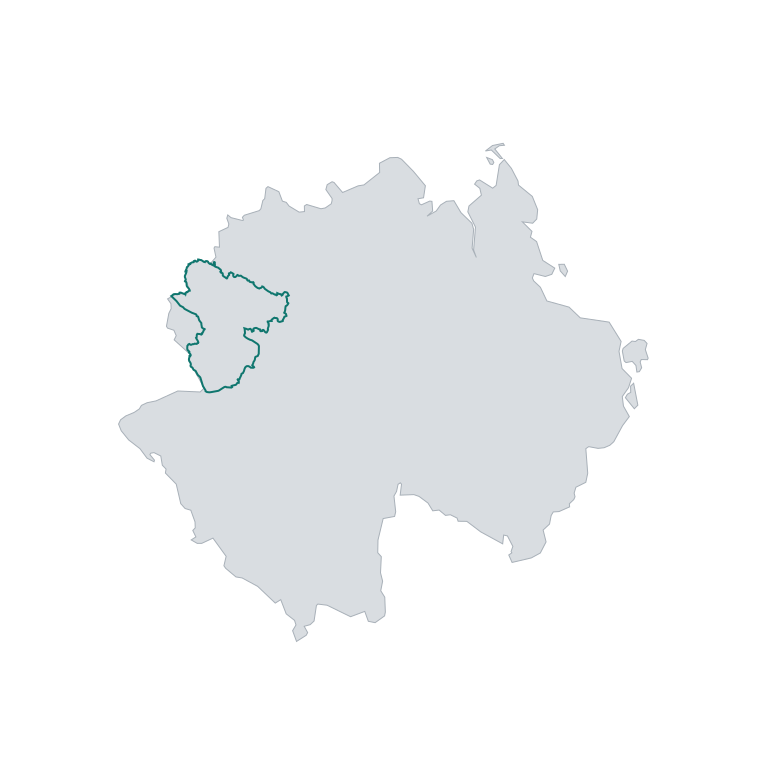 Rheinland-Pfalz highlighted on a map of Germany, rotated 49°
{"feature_id": "DEU-1580", "entity_name": "Rheinland-Pfalz", "entity_type": "State", "adm_level": 1, "iso_a3": "DEU", "parent_name": "Germany", "parent_adm1": "", "projection": "robinson", "projection_center": [7.376, 49.945], "detail": "fine", "context": "in_parent", "style": "outline", "palette": "teal", "viewbox_px": 768, "rotation_deg": 49, "n_neighbors": 0, "source": "natural_earth", "source_scale": "10m", "svg_char_len": 9760}
<svg xmlns="http://www.w3.org/2000/svg" viewBox="0 0 768 768"><g transform="rotate(49 384 384)"><path d="M341.0,615.9L323.3,606.5L307.8,607.4L305.2,604.3L299.9,604.6L291.9,599.7L284.9,602.6L283.2,605.4L283.7,607.0L290.9,607.2L291.8,608.6L284.6,611.5L272.7,610.6L258.7,613.4L246.9,613.0L240.1,610.6L238.2,606.3L238.7,599.8L241.5,591.3L242.3,585.0L241.0,581.1L242.7,575.1L247.2,567.1L254.0,544.2L269.4,528.0L269.1,522.4L242.3,516.7L238.0,515.1L234.1,510.9L213.0,513.4L211.2,509.1L205.6,507.3L199.8,510.7L197.7,510.3L189.5,500.0L187.5,495.2L183.6,492.1L177.8,491.5L179.6,482.0L185.1,475.0L185.2,469.1L173.5,464.4L167.6,457.8L166.1,450.2L169.5,441.4L179.2,436.1L178.0,427.6L169.9,423.1L169.4,421.6L172.8,418.4L160.7,408.7L163.5,398.9L161.4,396.1L155.8,393.9L153.9,391.0L158.1,390.3L167.7,383.6L168.1,382.5L165.3,381.5L165.0,378.7L171.3,364.4L171.0,362.0L166.0,355.0L165.9,352.5L158.9,344.7L158.9,342.1L169.9,337.2L179.3,340.7L182.8,338.6L187.4,338.9L198.6,335.3L201.7,330.9L197.4,327.3L197.8,324.6L210.4,316.6L212.6,312.8L213.4,305.6L211.7,303.1L210.0,301.5L199.1,300.3L196.3,296.1L197.3,290.5L199.1,289.5L212.3,289.6L217.5,273.5L220.6,268.5L221.5,248.5L214.4,242.6L217.1,231.1L222.0,225.0L225.9,223.3L242.8,222.3L261.5,222.7L269.4,232.0L266.5,236.8L271.1,239.0L273.3,238.2L276.0,229.4L277.6,228.0L285.4,233.8L285.6,241.4L287.7,231.1L286.0,223.9L287.1,217.0L291.5,211.0L305.2,213.5L320.4,212.2L326.1,214.9L339.3,228.4L349.1,231.3L341.6,228.4L325.6,212.0L309.1,207.8L305.4,203.1L305.4,186.6L299.2,183.3L292.6,184.5L291.6,180.7L292.7,178.0L307.5,173.5L307.7,169.1L294.2,153.0L293.5,146.0L304.9,146.4L318.7,149.7L322.1,152.0L339.7,149.0L353.3,153.7L359.7,160.5L360.2,166.3L352.4,173.2L365.9,172.2L369.3,177.2L376.6,175.4L394.9,183.1L408.6,179.1L411.3,185.4L408.7,191.7L399.1,198.4L401.3,202.5L404.5,203.4L413.6,202.5L428.2,206.6L447.4,193.9L462.8,192.5L485.0,173.5L507.4,177.1L513.5,185.2L528.5,194.2L542.1,193.4L547.2,201.9L549.8,212.4L557.8,217.8L569.5,220.2L571.9,231.2L578.3,248.4L578.4,253.8L576.5,259.7L573.0,264.7L565.6,270.6L565.2,274.1L585.0,288.8L590.6,296.2L587.8,306.9L591.1,312.1L594.4,313.8L595.7,316.5L596.0,322.7L598.5,324.5L595.1,335.6L591.6,340.2L592.9,344.1L598.3,351.0L598.6,359.7L609.5,365.3L614.1,376.9L611.9,386.9L602.7,404.4L594.9,402.0L595.3,398.3L593.8,398.0L591.1,393.3L579.6,390.5L576.5,392.8L582.5,399.3L559.1,408.0L542.0,411.6L536.2,418.1L533.1,416.8L526.2,419.7L523.5,423.8L515.3,425.1L511.7,430.4L502.7,428.9L491.8,431.3L487.1,434.0L478.5,444.7L471.1,436.5L469.3,436.5L468.9,439.2L473.3,445.0L475.1,450.0L488.1,459.0L490.9,462.9L485.0,472.9L497.8,490.9L507.2,499.4L512.5,499.3L524.2,510.5L531.9,514.4L537.9,522.1L545.4,523.3L557.0,532.6L559.4,535.7L558.3,547.3L552.8,551.5L543.0,547.7L537.7,561.9L513.6,572.1L506.7,578.3L506.8,580.3L517.0,592.3L517.2,597.6L514.5,603.2L521.5,604.7L522.6,607.5L520.9,618.9L510.2,614.8L508.1,608.5L503.7,606.6L493.3,608.6L479.0,603.4L478.0,609.8L453.9,612.1L437.3,618.3L432.5,622.3L419.4,624.4L416.2,624.1L410.5,616.2L388.1,614.2L384.7,626.1L381.8,629.5L375.2,631.8L376.0,626.3L369.1,624.4L368.7,620.8L364.1,617.1L352.5,612.6L347.5,615.8L341.0,615.9ZM540.8,178.9L542.2,183.2L540.9,185.3L535.3,181.7L529.8,181.8L526.6,187.3L524.2,187.6L515.5,182.5L514.0,180.1L514.3,168.7L516.9,166.3L517.2,162.7L521.8,159.0L526.0,158.9L529.5,164.2L537.8,167.7L538.5,169.2L534.3,173.8L535.4,176.2L540.8,178.9ZM566.5,206.3L566.9,211.3L552.7,210.8L551.4,207.0L552.2,203.3L547.4,199.3L547.2,195.1L566.5,206.3ZM277.8,149.5L274.7,154.6L275.2,145.7L280.5,136.2L282.8,136.5L279.8,140.7L279.3,146.2L291.5,146.7L290.1,148.4L277.8,149.5ZM421.8,176.7L414.3,176.8L408.4,173.6L411.9,169.4L419.3,171.4L421.8,176.7ZM289.6,158.0L287.7,159.6L280.4,157.9L285.8,155.0L288.9,155.8L289.6,158.0Z" fill="#d9dde1" stroke="#a8b0b8" stroke-width="1"/><path d="M166.1,452.1L165.6,452.1L166.0,450.3L166.2,449.4L166.6,448.5L167.0,448.1L167.2,447.7L167.0,447.3L166.5,446.9L166.8,445.9L166.9,445.7L167.3,445.5L168.3,445.4L168.7,445.2L169.0,444.6L169.1,443.9L168.8,443.2L168.1,442.6L168.6,442.1L169.8,441.4L170.3,440.8L171.3,440.4L173.5,439.9L174.5,439.2L174.2,438.7L174.3,438.0L174.7,437.4L175.2,436.9L175.9,436.6L176.4,436.6L177.7,436.9L179.0,436.7L179.7,436.2L179.6,435.7L180.9,435.7L182.3,435.1L182.3,434.9L182.2,434.7L180.6,432.6L180.5,432.3L180.7,432.0L181.1,431.9L181.3,432.0L181.7,432.2L182.1,432.8L182.4,433.1L183.2,433.4L183.5,433.8L183.7,434.5L183.9,434.6L185.1,434.2L187.5,432.8L189.7,432.5L190.4,432.3L191.0,432.4L192.2,433.0L192.3,433.2L192.0,433.8L192.4,434.0L192.9,434.0L193.6,433.7L194.3,433.2L194.7,433.2L195.6,433.8L196.2,434.4L197.1,434.5L199.7,433.8L200.9,433.6L201.2,433.4L201.3,433.2L201.1,432.6L200.5,431.8L200.3,431.3L200.1,430.2L200.1,429.3L199.9,429.1L199.0,428.7L198.8,428.5L199.0,428.0L199.2,427.4L199.3,427.0L199.2,426.4L200.0,426.0L202.0,425.4L202.3,425.4L202.6,426.1L203.3,426.7L203.6,426.9L204.2,427.0L204.9,426.9L205.3,426.6L205.7,426.0L205.8,424.7L205.5,423.1L205.8,422.9L207.0,422.7L207.7,421.9L208.3,421.0L209.0,420.8L209.9,420.7L211.3,420.3L214.0,418.8L214.5,418.6L215.1,418.7L216.1,419.1L216.7,418.9L217.2,418.0L217.3,417.9L217.5,417.9L218.6,418.3L219.2,418.1L220.4,417.1L220.7,417.0L221.3,415.9L221.9,415.9L222.2,416.0L222.4,416.2L222.6,416.6L222.8,416.8L225.6,417.0L226.2,416.9L228.5,416.4L230.1,415.5L230.2,415.4L230.3,414.6L230.4,414.3L230.7,413.9L230.8,412.3L230.5,411.9L230.9,411.6L232.1,411.3L234.0,411.5L238.2,410.5L240.2,409.6L240.7,409.6L241.6,409.7L241.9,409.5L242.3,408.7L242.5,408.6L244.8,407.8L245.4,407.0L245.5,406.9L246.0,407.1L246.3,407.1L246.5,407.0L246.6,406.7L246.6,406.0L246.4,405.7L245.4,404.9L247.3,404.0L248.6,402.9L249.9,403.2L250.1,403.2L250.2,402.1L250.0,401.6L249.7,401.3L249.6,400.8L249.4,399.2L249.5,398.5L251.1,397.3L251.8,397.1L254.7,397.8L254.5,398.7L254.0,400.2L253.9,400.4L254.0,400.5L254.7,400.9L256.0,401.3L257.9,402.9L258.9,403.5L259.2,403.5L260.0,403.2L260.3,403.2L260.6,403.8L261.0,405.3L261.0,405.9L260.8,406.9L260.8,407.2L261.4,408.0L263.5,410.2L264.3,411.4L264.6,411.9L264.6,412.4L264.8,412.6L265.1,412.5L266.3,412.1L266.6,412.0L267.2,412.2L268.6,412.9L268.4,413.9L268.0,414.7L267.9,415.0L268.9,417.1L269.1,418.0L269.4,418.6L269.9,418.8L270.1,419.1L268.8,421.9L268.4,422.2L267.6,422.7L267.3,422.8L266.6,422.8L266.3,422.6L265.4,421.7L265.0,421.6L264.5,421.6L263.9,421.7L263.7,421.9L262.9,422.7L262.6,423.0L262.1,423.2L261.9,424.0L261.8,426.0L261.8,426.7L262.1,427.0L262.8,427.4L262.6,427.7L261.9,428.3L261.2,430.1L260.6,430.5L260.5,430.8L260.9,431.1L263.2,431.6L263.3,431.7L263.4,432.2L263.5,432.3L264.4,432.7L264.6,433.0L265.9,435.2L266.4,435.7L267.0,435.9L267.3,436.5L268.1,438.4L268.1,438.8L268.0,439.1L267.6,439.4L266.8,439.6L264.2,439.5L263.8,439.8L263.6,440.4L263.6,440.6L264.1,441.2L263.3,442.4L263.1,442.5L262.7,442.5L262.5,442.4L261.8,441.8L261.6,441.7L261.2,441.9L260.9,442.3L258.0,443.5L257.4,444.2L256.8,445.3L256.7,445.9L256.7,446.3L257.1,446.7L258.2,447.3L258.4,447.5L258.4,447.8L258.1,448.7L258.0,449.3L257.9,449.3L257.5,449.2L256.7,448.5L255.8,448.7L255.0,448.6L254.8,448.6L254.6,448.8L254.2,449.4L254.0,450.0L254.0,450.6L253.8,450.8L253.3,451.2L252.4,451.5L250.4,452.8L250.6,452.9L251.1,453.1L254.4,455.5L254.7,456.0L254.9,456.8L255.8,457.9L257.8,457.8L260.0,457.2L262.5,456.2L264.4,455.0L270.8,453.2L272.1,453.2L272.8,453.3L273.5,453.7L279.0,458.7L280.0,460.9L279.2,463.2L279.6,464.0L280.8,465.4L281.3,466.3L281.8,468.1L282.8,469.5L283.0,470.0L283.1,470.5L283.5,471.2L284.5,471.1L285.5,470.9L286.2,471.1L286.1,471.8L285.4,472.7L284.3,473.8L282.7,474.1L281.3,474.8L280.4,476.1L280.4,477.8L281.1,479.3L282.4,481.3L283.2,483.3L282.8,484.8L283.8,486.2L285.0,489.0L285.7,490.2L285.7,490.6L284.6,491.1L284.6,491.5L285.5,491.8L286.4,491.9L287.2,492.1L287.8,492.9L287.6,493.0L287.0,494.1L287.1,494.7L287.4,495.7L287.4,496.4L285.6,499.8L285.5,500.3L286.7,500.7L286.6,501.5L283.1,505.0L282.4,505.2L281.9,505.7L281.5,506.8L280.6,513.0L280.4,513.6L276.6,520.0L275.6,521.4L273.9,522.9L272.4,523.4L271.8,522.9L266.8,522.0L258.7,518.4L257.8,518.3L254.9,518.6L250.6,517.6L250.1,517.7L248.9,518.2L248.2,518.4L246.1,517.9L244.2,518.4L243.5,518.2L243.1,517.9L242.6,517.1L242.2,516.7L241.1,516.2L238.8,515.9L237.7,515.3L237.0,514.6L235.9,513.0L235.2,512.4L235.4,512.0L235.8,511.8L235.4,510.9L234.5,510.6L232.3,510.5L232.1,509.8L231.1,509.7L230.1,510.0L230.0,509.8L229.0,509.8L228.0,509.1L226.2,507.4L226.1,506.7L225.8,505.8L225.8,505.5L225.9,505.2L226.2,504.5L227.1,504.5L227.3,504.4L228.0,503.6L228.4,502.2L229.1,501.5L229.4,500.3L230.5,499.5L230.9,498.9L230.9,498.5L230.7,498.2L230.8,497.8L231.1,497.4L230.8,496.8L230.3,496.6L229.1,496.2L226.5,495.8L226.0,495.6L226.2,495.2L224.0,492.9L223.7,491.9L224.0,491.6L224.4,491.3L225.4,490.3L226.2,489.8L226.7,489.6L226.9,489.4L226.9,489.0L226.8,488.2L226.2,488.1L226.0,486.2L225.4,485.3L225.1,484.4L225.1,483.5L225.0,483.4L224.8,483.3L223.8,484.0L223.3,484.1L222.4,484.3L221.8,484.3L221.5,484.2L221.2,483.9L219.3,482.8L218.2,481.9L214.9,481.7L214.5,481.6L211.2,480.1L210.1,480.7L209.7,480.8L209.3,480.4L208.6,480.2L208.3,480.2L208.0,480.2L204.1,482.3L196.6,485.2L195.6,485.3L194.4,485.2L191.1,486.5L185.3,486.2L178.1,486.8L178.2,486.2L178.2,484.1L178.5,483.4L179.3,482.4L180.6,481.1L181.6,479.4L181.6,479.0L181.0,478.6L180.9,478.4L181.7,477.4L185.4,475.5L185.0,475.0L185.1,474.7L185.4,474.6L185.8,474.7L185.5,474.3L185.2,473.8L185.1,473.3L185.1,472.7L185.6,472.4L185.7,472.1L185.5,471.9L185.5,471.4L185.8,470.0L185.8,469.9L185.9,469.4L186.0,469.3L185.7,469.1L184.0,468.7L181.5,468.7L180.6,468.5L179.8,468.0L178.3,466.9L177.5,466.5L177.0,466.4L176.3,466.8L175.8,466.8L175.3,465.5L175.1,465.1L174.3,464.7L172.6,464.1L171.8,463.4L170.2,460.1L169.3,459.0L168.7,459.9L168.3,459.3L167.6,457.5L166.7,456.4L166.5,455.9L166.6,455.2L166.3,453.8L166.0,453.3L165.5,453.1L166.1,452.1Z" fill="none" stroke="#0f766e" stroke-width="2"/></g></svg>